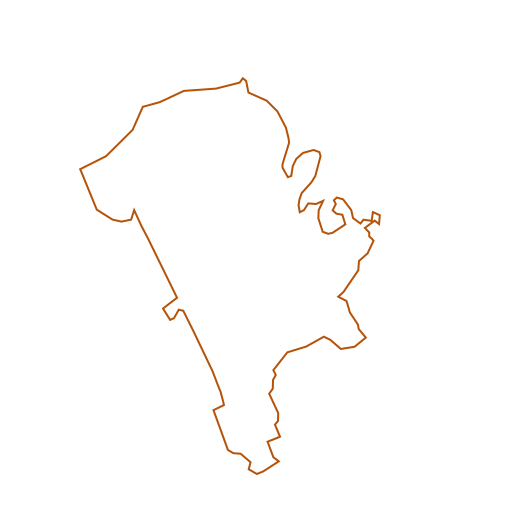 Barceloneta, Puerto Rico, rotated 328°
{"feature_id": "32010507B67293545491700", "entity_name": "Barceloneta", "entity_type": "district", "adm_level": 2, "iso_a3": "PRI", "parent_name": "Puerto Rico", "parent_adm1": "", "projection": "albers", "projection_center": [-66.554, 18.44], "detail": "fine", "context": "isolated", "style": "outline", "palette": "amber", "viewbox_px": 512, "rotation_deg": 328, "n_neighbors": 0, "source": "geoboundaries", "source_scale": "gbopen_adm2", "svg_char_len": 1813}
<svg xmlns="http://www.w3.org/2000/svg" viewBox="0 0 512 512"><g transform="rotate(328 256 256)"><path d="M152.9,89.2L152.2,93.6L145.6,131.9L145.5,132.3L153.6,149.1L160.2,155.6L169.4,159.0L177.0,152.5L174.8,169.3L173.7,183.8L166.9,249.6L156.9,250.5L149.3,251.3L149.3,264.6L153.4,265.3L161.6,260.9L162.1,260.6L165.3,263.9L163.2,285.8L158.1,330.7L154.8,347.5L154.0,352.4L150.9,362.5L149.8,365.4L138.3,364.2L137.9,365.9L129.4,405.6L132.3,411.2L138.2,415.6L142.1,428.0L136.8,433.0L141.2,441.3L145.7,442.1L147.9,442.5L166.5,442.2L164.1,435.8L167.4,419.6L180.6,422.0L182.7,409.1L187.3,407.5L191.6,401.0L194.2,379.8L199.9,377.4L204.8,370.1L209.7,367.4L210.2,362.0L231.5,354.3L250.6,359.4L270.8,360.4L274.6,366.5L278.7,379.8L291.5,385.2L305.9,383.4L304.4,372.4L306.1,368.2L305.7,353.4L307.0,349.1L308.9,342.2L304.2,334.1L311.1,332.9L335.2,322.3L340.7,314.8L352.0,312.9L363.7,305.4L363.8,305.2L363.3,302.4L362.4,299.4L364.5,296.0L363.2,289.9L375.4,288.9L377.3,294.1L382.6,287.0L378.4,280.7L372.7,287.5L366.4,282.2L361.8,283.8L358.4,275.3L361.1,267.5L359.9,254.2L355.6,249.3L351.6,250.0L351.2,254.2L345.2,257.9L346.6,262.7L351.1,266.8L348.5,276.5L333.1,276.9L329.0,275.4L325.4,270.8L328.9,257.0L333.4,250.4L342.1,244.8L334.4,243.7L328.2,239.1L321.0,242.5L316.3,242.1L319.0,235.5L323.0,230.9L328.0,226.9L342.2,222.8L348.8,219.5L363.7,205.5L364.8,201.5L361.0,196.6L350.5,193.5L341.6,195.0L334.9,199.2L328.3,206.8L324.8,206.0L325.3,195.2L326.4,193.2L327.8,191.6L344.1,177.5L346.1,173.1L349.4,163.0L350.8,144.7L347.4,130.0L336.2,113.4L340.4,102.3L339.0,98.3L334.0,100.3L324.3,97.2L314.1,93.9L312.6,93.4L310.7,92.8L283.7,78.5L282.4,77.8L277.9,77.2L260.5,75.1L255.8,74.5L239.1,69.5L236.4,71.3L218.3,83.6L207.4,86.1L206.1,86.4L185.3,91.1L181.7,91.9L178.5,91.6L152.9,89.2Z" fill="none" stroke="#b45309" stroke-width="2"/></g></svg>